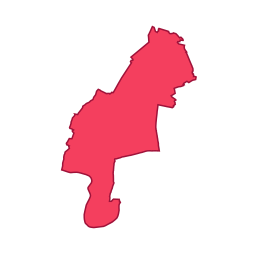 the district of Salienas pag., Daugavpils, Latvia, rotated 190°
{"feature_id": "27541924B74308998614766", "entity_name": "Salienas pag.", "entity_type": "district", "adm_level": 2, "iso_a3": "LVA", "parent_name": "Latvia", "parent_adm1": "Daugavpils", "projection": "orthographic", "projection_center": [26.895, 55.819], "detail": "fine", "context": "isolated", "style": "filled", "palette": "rose", "viewbox_px": 256, "rotation_deg": 190, "n_neighbors": 0, "source": "geoboundaries", "source_scale": "gbopen_adm2", "svg_char_len": 5508}
<svg xmlns="http://www.w3.org/2000/svg" viewBox="0 0 256 256"><g transform="rotate(190 128 128)"><path d="M85.9,164.2L88.7,165.5L90.0,166.1L91.1,167.2L87.6,170.3L88.1,171.7L89.0,174.2L89.3,174.7L89.4,174.8L89.4,175.1L86.6,176.7L85.1,177.5L83.5,177.9L83.2,178.0L80.8,179.4L81.1,179.9L81.2,180.1L80.2,180.4L81.0,181.5L78.1,184.2L76.0,183.3L73.6,185.5L72.7,186.2L71.9,186.6L71.6,186.8L71.3,186.8L69.8,187.5L69.8,190.1L72.2,190.5L72.4,190.3L72.6,191.4L72.8,191.8L72.9,192.1L72.9,192.4L73.0,192.6L73.8,192.5L74.0,192.9L74.4,193.8L74.3,194.2L74.3,194.4L73.6,194.6L74.3,194.5L74.4,194.9L74.2,195.0L73.9,195.3L73.9,195.6L74.0,195.9L74.0,196.0L74.3,197.3L74.5,198.0L74.7,198.3L75.4,199.3L75.9,200.3L76.4,201.0L79.2,205.3L79.8,206.3L82.4,210.4L83.2,211.6L83.7,212.3L84.0,212.5L83.4,212.9L83.6,213.1L83.8,213.5L84.4,213.9L84.9,214.3L85.5,215.1L86.1,215.7L86.2,216.0L86.4,216.4L86.5,216.9L86.6,217.1L86.8,217.6L86.8,218.0L86.7,218.4L86.7,219.3L92.6,219.6L94.2,220.8L94.0,221.7L92.0,222.0L91.8,223.6L89.0,223.8L88.9,224.1L89.7,225.3L91.7,226.6L92.9,225.8L95.4,227.9L97.2,229.2L99.8,229.5L99.9,229.1L102.3,228.3L103.3,228.3L104.9,229.6L104.8,230.1L105.8,230.2L105.8,230.3L114.8,231.4L115.2,230.6L114.8,229.9L115.1,229.5L114.8,228.9L115.7,227.9L115.9,227.2L117.8,227.9L119.0,230.3L119.8,231.6L121.6,232.1L122.7,227.7L123.8,223.6L124.1,223.0L123.4,220.5L122.3,216.1L129.4,207.7L137.4,198.3L135.4,196.8L135.2,196.6L135.1,196.3L135.0,196.0L135.1,195.6L135.1,195.4L135.3,195.3L136.5,195.2L137.1,193.8L137.0,193.6L136.8,193.4L136.4,193.1L135.9,192.8L143.1,176.0L143.8,174.0L145.3,169.9L147.3,164.1L148.6,160.5L148.8,160.2L149.1,160.1L149.9,160.4L150.0,160.4L150.3,160.3L150.9,159.2L151.8,158.4L152.2,158.7L152.3,158.8L153.8,158.6L154.6,158.3L154.9,158.3L154.9,158.2L155.0,158.2L155.4,158.1L156.1,158.3L156.3,158.4L156.4,158.5L156.7,158.6L161.3,159.9L161.5,160.0L162.0,160.4L164.0,160.9L165.3,158.8L165.5,156.5L165.7,155.2L165.8,154.8L165.9,154.6L166.0,154.4L166.8,153.0L167.1,152.1L167.2,151.7L167.4,150.3L167.4,150.1L167.5,149.9L168.0,149.5L169.4,148.4L170.5,146.9L171.1,146.3L171.9,145.8L172.8,145.2L173.0,145.1L173.5,144.6L173.7,144.4L174.0,144.0L174.4,143.4L174.9,142.9L175.5,142.4L175.9,142.1L176.1,141.9L176.2,141.7L176.3,141.5L176.3,141.2L176.2,140.5L176.2,140.4L176.4,140.0L176.4,139.9L176.5,139.5L178.4,135.9L179.4,134.1L179.9,132.5L182.8,132.5L182.7,132.4L182.6,132.2L182.8,130.8L184.4,128.3L184.5,127.4L184.6,126.3L185.1,123.8L185.0,123.7L184.9,123.2L184.8,122.9L185.0,122.1L185.2,120.2L185.5,119.1L185.6,118.2L185.1,117.5L183.7,117.4L181.8,116.8L181.3,116.6L182.4,115.4L181.6,114.5L181.1,114.1L180.7,113.9L180.4,113.6L181.4,107.7L184.0,107.4L184.8,105.1L185.0,104.5L185.2,103.7L185.6,103.3L185.7,103.0L186.0,102.3L185.9,102.1L185.9,101.9L185.7,101.8L185.7,101.5L185.4,101.4L185.3,100.8L185.0,100.7L184.8,100.8L184.3,100.7L183.9,100.6L183.2,100.2L182.9,100.1L183.0,100.0L183.2,99.6L182.2,97.8L183.8,95.7L185.7,93.5L185.8,92.6L185.7,92.1L185.9,91.2L186.2,90.4L186.2,89.4L186.2,88.1L185.9,86.8L185.8,85.9L186.0,84.3L186.2,82.2L186.2,81.9L185.8,79.5L185.8,78.4L185.9,77.0L185.9,76.8L186.0,75.8L186.0,75.2L185.5,75.2L179.7,74.3L177.6,74.1L177.0,74.1L176.0,74.3L173.8,74.9L170.9,75.5L168.9,75.6L166.3,75.4L163.7,75.1L161.5,74.9L159.7,74.5L158.4,74.2L157.4,73.8L157.2,73.6L156.5,73.1L155.7,72.3L155.2,71.6L154.6,70.2L154.4,69.4L154.5,67.9L154.7,67.3L156.8,63.0L157.0,62.4L157.0,61.8L156.6,60.7L154.7,57.9L153.8,56.5L153.4,55.6L153.3,55.2L153.2,54.6L153.2,53.9L153.3,53.3L153.4,52.9L153.6,52.1L153.8,51.2L154.8,48.0L155.7,44.9L156.0,39.1L156.1,35.1L155.5,32.0L155.0,30.2L154.3,28.5L153.8,27.4L153.5,27.0L153.3,26.7L151.6,25.6L150.1,24.5L149.7,24.3L148.8,24.0L147.9,23.9L146.5,23.9L144.8,24.0L143.8,24.2L141.5,24.9L137.5,26.1L134.9,26.9L134.5,27.2L134.1,27.4L133.2,28.0L130.3,30.3L129.3,31.0L128.2,31.9L128.3,31.9L127.9,32.2L126.4,33.6L124.6,35.7L123.3,37.5L123.0,38.6L122.7,39.7L122.5,41.8L122.5,45.4L122.6,45.9L123.1,48.2L123.4,50.0L123.4,51.5L123.1,52.2L122.6,53.5L123.2,54.1L123.6,54.0L123.7,54.8L123.9,55.4L124.2,55.7L124.3,56.2L130.0,55.4L130.1,55.2L130.5,54.8L130.7,54.5L130.8,54.1L131.2,53.7L131.3,53.4L131.5,53.1L131.6,52.9L133.5,52.6L133.6,54.9L133.6,55.3L133.7,55.8L133.9,57.0L134.2,57.2L134.1,60.6L133.8,61.4L133.7,61.7L133.6,63.2L133.5,63.9L133.4,64.6L133.1,65.6L133.0,67.3L132.9,68.5L132.7,69.3L132.3,71.5L132.5,71.8L132.8,72.1L133.1,72.9L133.2,73.5L133.4,74.8L133.8,76.8L134.2,78.8L134.9,81.3L134.8,81.5L135.0,82.7L134.9,83.4L135.0,84.1L135.4,88.0L135.4,89.4L135.5,89.8L135.7,90.8L135.4,91.4L135.3,93.4L135.2,93.4L135.7,94.7L135.7,95.1L134.9,95.5L134.1,95.6L132.0,96.7L130.4,97.4L129.5,98.0L128.5,98.6L127.2,99.0L125.3,99.8L124.5,100.1L122.3,101.0L121.8,101.2L120.6,101.6L113.8,104.7L112.0,105.6L109.8,106.5L109.1,106.9L107.3,107.8L107.2,107.9L105.4,108.7L104.3,109.0L103.0,109.3L102.9,109.3L101.7,109.5L101.2,109.5L97.3,110.3L93.2,110.9L93.6,112.0L94.1,113.6L94.4,114.3L95.1,116.4L95.4,118.1L96.3,120.4L96.4,120.5L96.9,122.3L97.3,123.4L97.5,123.9L97.7,124.5L98.0,125.5L98.5,126.7L98.5,126.8L98.8,127.6L99.1,128.5L99.5,129.5L99.7,130.5L99.8,130.5L100.4,131.9L100.3,132.1L100.4,132.4L100.6,132.8L101.0,135.0L101.4,138.5L101.5,139.9L101.7,142.5L101.9,145.9L102.0,147.5L102.2,149.4L102.2,150.1L102.3,152.8L102.5,156.1L95.2,155.9L93.2,155.8L90.3,155.8L88.3,155.7L88.3,155.8L87.8,155.8L87.4,156.2L86.7,157.0L87.0,157.4L87.1,158.0L86.4,158.5L85.6,159.5L85.8,159.8L86.0,160.0L85.9,160.8L86.4,161.5L87.0,162.4L86.6,163.3L85.8,163.7L85.9,164.0L85.9,164.2Z" fill="#f43f5e" stroke="#9f1239" stroke-width="1.5"/></g></svg>